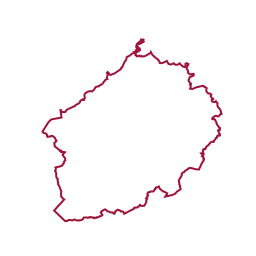 outline of Assin South, Central, Ghana, rotated 254°
{"feature_id": "2480657B73071492710762", "entity_name": "Assin South", "entity_type": "district", "adm_level": 2, "iso_a3": "GHA", "parent_name": "Ghana", "parent_adm1": "Central", "projection": "natural_earth1", "projection_center": [-1.29, 5.529], "detail": "fine", "context": "isolated", "style": "outline", "palette": "rose", "viewbox_px": 256, "rotation_deg": 254, "n_neighbors": 0, "source": "geoboundaries", "source_scale": "gbopen_adm2", "svg_char_len": 5793}
<svg xmlns="http://www.w3.org/2000/svg" viewBox="0 0 256 256"><g transform="rotate(254 128 128)"><path d="M110.0,214.2L112.0,214.0L112.8,213.3L112.8,212.4L113.4,211.5L113.9,211.5L114.6,212.2L115.6,215.3L115.3,216.3L114.4,217.3L114.3,218.4L114.7,219.3L115.7,220.4L115.8,220.8L115.6,221.4L115.7,221.8L119.7,221.8L122.4,220.9L123.2,220.3L124.7,220.1L125.3,220.1L125.9,220.5L127.4,220.9L128.2,220.2L129.5,219.9L128.9,219.2L129.6,217.0L130.4,216.2L131.7,216.1L132.1,216.9L132.2,217.8L133.0,217.7L133.7,216.8L136.1,216.3L136.5,216.6L136.9,217.3L138.3,216.7L139.1,214.7L141.0,213.6L142.3,213.5L144.8,214.6L145.4,214.3L146.2,212.7L147.5,212.4L147.9,211.5L148.3,204.5L147.7,200.7L148.3,199.2L148.8,198.5L150.1,199.6L150.9,199.8L152.2,199.5L152.4,200.4L152.8,200.7L153.6,200.6L154.4,199.8L155.1,199.9L156.7,199.2L157.6,199.6L160.1,201.6L160.0,203.5L160.4,205.6L161.8,206.1L162.0,206.0L162.3,204.3L162.2,203.6L162.6,202.4L164.1,201.1L164.9,201.0L166.5,201.5L169.1,200.6L169.8,200.9L170.4,201.7L170.9,201.9L172.7,203.7L173.3,203.0L173.7,202.9L174.0,202.6L174.1,201.3L173.9,200.9L173.5,200.8L171.4,200.4L171.4,199.6L171.1,199.6L171.1,199.1L171.7,198.5L171.6,198.1L172.7,197.1L173.5,196.8L174.6,195.9L175.9,195.6L175.2,193.2L175.6,191.3L176.6,190.2L177.6,189.9L177.2,186.8L178.3,184.8L178.6,184.5L181.7,183.9L181.2,180.8L181.0,178.3L181.7,176.5L183.3,176.5L184.3,175.9L185.3,176.0L186.1,175.2L188.9,173.2L189.8,172.8L190.4,172.2L192.0,171.5L194.8,170.9L193.8,170.1L192.4,164.0L192.6,162.0L193.1,161.5L193.1,161.0L193.5,160.7L193.3,160.0L193.8,159.0L194.4,159.0L194.2,158.2L194.5,156.1L195.5,156.1L195.8,155.5L196.1,155.7L196.2,155.3L197.3,155.5L198.2,155.0L198.5,156.2L198.8,156.0L198.3,157.2L198.5,157.7L198.9,157.6L198.6,157.9L198.6,158.4L199.3,159.0L199.1,159.9L199.5,160.5L200.1,160.7L199.7,161.1L199.8,161.2L201.3,161.1L201.5,160.8L201.4,159.7L201.6,159.6L202.1,160.0L202.6,159.3L203.0,159.9L204.0,159.3L205.1,159.6L205.9,160.1L205.6,161.2L205.7,162.9L205.9,163.2L205.8,163.9L206.3,165.0L206.7,165.2L206.3,165.7L206.4,166.1L207.3,166.0L207.1,166.9L207.7,166.7L208.1,166.9L208.5,166.5L208.8,167.0L209.2,166.5L209.1,165.8L209.4,164.9L208.7,164.8L207.4,162.3L207.1,161.1L205.7,159.2L203.6,158.2L202.4,158.7L202.0,158.6L200.9,157.8L200.4,157.1L199.2,156.3L198.1,151.7L197.2,150.0L196.5,146.3L193.8,144.9L192.7,143.1L188.2,139.3L188.0,138.3L186.8,137.8L184.2,130.3L183.8,125.8L184.3,125.2L186.1,124.6L187.4,123.9L186.8,122.9L184.6,123.2L183.6,122.6L182.5,121.6L181.2,121.3L180.8,121.5L180.8,120.3L180.1,118.9L179.6,118.7L179.3,117.7L178.0,116.4L177.1,114.8L176.8,112.5L176.1,111.6L176.3,111.0L176.3,108.3L174.4,106.2L173.2,103.9L173.1,103.2L173.8,102.2L174.0,100.6L173.9,99.1L173.2,96.6L172.8,96.0L171.2,95.0L168.9,94.9L168.2,94.2L167.3,93.8L167.1,93.3L167.3,92.8L167.9,92.9L168.1,92.6L167.4,90.0L167.2,89.6L166.0,88.9L165.5,88.1L164.9,86.4L164.6,84.2L163.6,82.7L163.6,81.4L162.5,74.6L161.6,73.0L160.8,72.5L160.7,71.9L161.3,69.5L162.2,68.6L163.6,68.6L163.8,68.0L156.4,67.0L157.4,56.8L155.8,53.5L148.1,44.8L146.4,45.6L145.1,47.9L144.2,48.2L142.7,47.9L141.6,48.3L141.7,49.5L141.1,50.8L141.5,51.7L141.5,52.5L141.2,53.2L139.1,54.8L138.3,55.1L136.8,55.2L135.6,55.8L134.8,54.7L134.4,54.6L134.0,53.1L133.2,52.8L132.1,52.9L130.7,52.4L125.4,56.2L125.0,57.2L124.5,57.5L124.3,56.5L123.4,57.0L123.0,57.6L122.7,59.7L122.1,60.7L120.7,58.3L120.0,57.7L116.5,59.1L114.3,58.9L113.2,57.2L112.5,57.0L111.5,56.3L111.4,55.5L110.0,54.6L110.1,53.1L109.8,52.5L110.0,47.5L109.7,47.6L108.8,47.5L108.2,47.0L107.4,46.8L106.9,46.1L106.4,46.0L105.1,46.6L100.7,45.6L99.2,45.9L98.4,46.5L97.1,45.8L96.4,46.0L95.0,45.6L94.1,45.8L93.3,45.2L91.0,45.9L87.5,46.2L86.8,46.1L85.7,46.5L83.3,45.5L80.7,44.9L80.0,45.1L79.0,45.8L77.9,46.1L76.9,47.0L69.0,34.2L55.7,42.0L55.4,44.2L55.8,45.1L55.8,46.5L54.4,49.2L54.9,50.7L54.4,52.0L53.6,52.5L53.2,54.0L52.6,54.8L52.7,56.1L52.3,57.5L52.6,59.1L53.0,59.7L53.3,59.8L54.1,60.8L53.4,63.7L52.6,64.7L53.0,66.9L52.3,67.5L52.3,68.6L51.4,69.6L51.1,70.2L51.2,70.7L50.6,70.8L50.7,72.0L50.4,72.6L50.8,73.4L50.5,73.8L50.5,75.4L50.9,76.3L50.7,77.4L51.0,77.8L51.2,79.3L51.5,79.5L54.1,78.5L54.6,78.9L55.3,79.6L55.2,80.0L55.8,81.5L56.1,83.6L55.3,84.4L53.7,85.0L53.2,86.3L51.7,88.0L51.1,89.9L49.4,90.9L49.8,91.9L51.3,92.7L52.3,95.6L51.6,96.2L51.6,96.6L51.3,96.8L50.9,97.7L49.6,98.3L49.6,98.8L48.9,100.4L46.6,100.7L48.8,111.7L49.4,111.7L49.6,112.1L49.6,112.9L49.1,114.6L49.1,115.3L49.5,115.7L49.7,117.1L50.6,117.9L50.8,118.4L50.0,118.7L49.2,120.0L49.0,121.8L48.8,122.1L50.0,123.6L52.0,125.3L53.2,125.5L54.4,126.7L55.4,126.0L56.3,127.7L57.1,127.7L57.6,128.8L57.9,128.8L58.3,128.3L59.5,128.5L60.4,129.5L60.7,130.0L60.3,131.5L60.7,132.2L60.7,132.9L60.1,134.3L60.1,135.1L60.8,136.0L62.0,136.9L61.8,137.5L63.2,138.5L62.9,140.0L63.3,141.5L60.8,141.8L57.3,144.2L56.8,145.3L54.4,147.7L53.2,146.8L52.8,146.0L51.8,144.9L51.4,151.9L51.8,155.1L53.6,158.0L54.0,160.0L54.8,161.7L55.3,161.9L56.9,161.6L58.2,162.2L59.4,161.7L61.0,162.2L63.4,162.2L65.0,163.6L65.9,165.0L66.6,165.3L67.3,166.4L68.6,167.0L69.0,166.9L69.6,167.5L70.1,168.5L70.1,169.7L70.9,170.7L71.9,174.0L72.5,175.0L72.6,176.0L72.3,177.4L69.6,181.9L68.5,184.7L69.3,185.5L70.0,185.8L70.7,186.8L72.2,187.7L75.1,190.7L75.7,191.7L76.8,191.8L77.1,192.5L77.6,192.5L78.1,192.2L78.7,192.4L79.1,192.1L80.1,192.3L80.7,192.7L80.8,191.8L81.8,192.8L81.8,192.1L83.4,191.4L83.2,192.3L83.6,193.4L84.0,193.6L84.4,193.4L86.4,194.2L86.9,194.9L86.9,195.4L86.3,195.9L86.7,196.9L88.4,198.1L89.4,200.6L90.3,201.8L90.6,202.5L91.3,203.0L91.7,204.6L91.0,206.5L92.1,207.1L93.0,208.8L94.2,209.8L94.1,210.6L94.3,211.0L95.1,211.1L95.9,211.9L96.1,212.6L95.5,213.3L95.4,214.1L96.4,214.8L98.1,214.1L99.0,214.0L99.6,214.3L100.8,213.8L101.0,214.0L101.0,215.9L101.9,215.9L102.2,216.3L102.7,216.4L103.3,215.7L105.2,215.2L107.4,214.3L108.9,214.6L110.0,214.2Z" fill="none" stroke="#9f1239" stroke-width="2"/></g></svg>